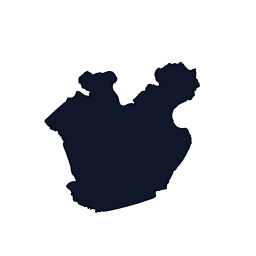 Kinshasa, Kinshasa City, Democratic Republic of the Congo (Mercator projection), rotated 136°
{"feature_id": "63176286B79360907689545", "entity_name": "Kinshasa", "entity_type": "district", "adm_level": 2, "iso_a3": "COD", "parent_name": "Democratic Republic of the Congo", "parent_adm1": "Kinshasa City", "projection": "mercator", "projection_center": [15.673, -4.477], "detail": "fine", "context": "isolated", "style": "filled", "palette": "ink", "viewbox_px": 256, "rotation_deg": 136, "n_neighbors": 0, "source": "geoboundaries", "source_scale": "gbopen_adm2", "svg_char_len": 5855}
<svg xmlns="http://www.w3.org/2000/svg" viewBox="0 0 256 256"><g transform="rotate(136 128 128)"><path d="M210.9,95.7L209.2,95.2L208.4,93.2L207.4,92.2L207.2,91.6L207.5,91.0L208.0,90.6L208.8,90.7L209.3,90.2L209.4,89.8L209.1,89.4L207.1,89.1L206.7,88.0L205.6,87.2L204.7,87.2L204.0,86.8L203.7,85.8L202.0,84.3L197.9,81.5L189.2,76.3L178.7,70.4L173.0,67.4L159.1,60.7L156.6,60.0L155.5,60.1L153.8,62.7L152.7,63.3L150.8,63.7L150.7,63.4L149.8,63.2L149.8,62.8L149.4,62.7L149.3,62.0L149.0,61.7L148.3,61.7L147.6,61.2L147.2,61.2L146.9,60.8L145.9,60.4L144.9,59.4L144.1,59.3L143.6,58.7L142.5,58.1L141.7,58.7L141.7,59.0L141.1,59.8L140.3,59.9L139.7,60.9L139.3,60.9L139.1,61.3L138.7,61.5L138.1,60.9L137.0,60.8L136.6,61.5L135.8,61.6L135.1,62.5L134.7,62.5L134.0,62.9L133.6,62.6L132.9,63.0L131.6,63.1L129.5,64.1L128.4,64.3L125.8,65.7L123.5,65.7L122.7,65.4L119.7,66.1L117.7,66.4L116.4,66.2L113.7,66.9L111.2,67.2L109.3,67.9L108.5,67.9L107.5,68.4L104.4,69.0L101.4,70.4L99.9,70.6L98.0,71.2L97.2,71.9L96.1,72.2L95.3,72.9L94.2,73.3L93.1,73.4L92.6,74.0L91.8,75.4L90.2,76.5L89.5,78.3L88.5,79.1L88.6,81.2L87.5,82.9L86.5,85.4L86.5,86.4L86.9,87.4L87.5,88.2L89.2,89.3L89.9,90.4L90.8,91.2L91.9,93.1L92.6,95.9L92.4,98.1L91.9,100.5L91.4,101.4L90.4,102.3L90.4,103.1L89.9,104.3L89.1,105.5L87.3,107.6L83.2,110.0L81.3,110.3L79.3,110.0L76.1,110.2L72.9,109.5L70.4,108.5L69.9,108.6L67.4,107.5L67.2,107.5L67.6,108.0L67.5,108.4L67.0,108.7L66.8,109.1L66.5,109.1L66.6,108.9L66.4,108.7L66.0,108.5L66.1,108.3L65.8,108.5L65.8,108.0L65.0,107.5L64.4,106.2L63.1,105.1L62.0,105.1L59.4,106.0L58.7,105.9L58.2,105.5L57.8,105.6L56.2,107.4L56.1,108.5L55.1,109.0L55.5,109.1L55.3,109.3L53.5,108.5L52.5,108.9L51.6,109.7L50.2,109.4L49.4,109.7L48.7,108.8L47.7,108.8L46.8,109.8L46.6,110.6L46.2,111.2L45.9,114.1L45.1,114.2L45.0,114.5L45.1,116.4L45.6,117.0L45.2,117.0L44.7,117.5L44.6,117.8L44.0,118.0L43.3,118.6L42.9,119.1L43.1,119.7L42.8,119.4L42.5,119.4L42.4,119.9L41.2,120.4L40.8,121.0L40.8,121.5L40.1,122.1L40.1,122.7L39.5,122.9L39.7,123.4L39.1,123.4L38.9,123.8L39.9,124.1L40.4,124.0L40.7,124.7L41.1,124.9L41.8,125.0L42.2,124.8L42.3,125.1L43.2,125.5L44.4,127.5L44.8,129.5L44.8,130.6L44.5,131.4L45.1,132.4L44.4,134.4L44.3,135.5L44.9,136.2L44.6,136.9L44.5,138.1L44.7,138.5L47.2,138.8L48.7,139.4L49.6,141.5L49.9,141.9L51.7,142.4L52.2,142.8L53.7,145.7L54.6,145.8L56.5,145.6L57.1,145.7L57.9,146.5L59.6,146.4L62.4,146.8L63.0,147.5L64.0,147.9L64.5,148.8L64.3,149.1L64.9,149.7L67.9,149.6L67.9,149.2L68.2,149.1L68.1,149.4L68.5,149.3L69.2,148.5L70.5,148.5L70.4,148.0L72.0,146.9L72.3,145.4L72.8,145.0L72.9,144.4L73.7,143.9L74.0,142.7L73.8,142.4L74.3,142.2L74.0,141.6L74.2,141.4L73.9,140.9L74.1,140.4L73.8,139.5L74.1,139.2L73.7,138.6L74.2,137.9L74.1,137.7L76.1,136.6L77.0,136.8L77.9,136.6L78.2,136.9L78.3,137.9L79.6,139.8L79.5,140.5L79.8,141.2L81.2,142.0L81.5,142.6L81.4,142.9L81.7,143.7L83.0,144.7L84.2,144.7L86.4,143.9L87.2,144.2L87.9,143.8L88.2,143.0L89.1,142.1L91.4,143.2L92.4,144.3L95.0,144.2L96.5,144.5L98.2,144.0L103.1,144.0L104.7,144.2L105.4,141.7L105.8,141.1L105.6,140.7L105.8,140.4L106.5,140.7L106.7,140.1L107.2,139.7L107.3,140.3L107.6,140.1L107.8,141.8L108.6,143.0L111.2,144.7L115.5,146.1L116.9,147.6L117.9,149.8L116.2,153.8L114.7,156.0L113.9,157.8L113.4,160.0L113.0,164.5L112.6,166.1L111.2,168.4L109.3,170.1L107.3,170.5L104.8,170.1L103.2,170.5L101.8,171.5L100.4,177.0L100.7,179.1L101.8,181.0L103.6,182.4L107.4,184.0L109.5,185.4L109.7,186.0L109.5,186.7L111.3,187.9L113.6,189.2L115.8,189.8L116.9,190.8L117.0,193.2L118.3,197.0L119.6,197.1L121.5,197.7L123.1,197.1L124.7,197.8L126.1,197.3L126.7,197.8L128.0,197.9L128.4,197.7L128.6,196.9L129.4,196.8L129.4,196.5L129.7,196.5L129.7,196.2L129.5,196.3L129.4,195.9L130.1,195.5L130.5,194.7L130.6,194.8L130.5,194.3L130.9,194.3L130.7,193.7L130.9,193.7L130.3,193.2L131.3,191.6L131.1,191.0L131.4,190.5L131.1,190.4L131.4,190.2L131.2,190.2L131.6,189.8L131.6,189.2L132.0,189.2L132.4,188.6L132.5,188.0L131.1,186.8L131.3,186.6L131.0,185.7L130.7,185.6L130.9,185.3L130.7,185.1L131.0,185.1L130.9,184.9L131.1,185.1L131.1,184.4L131.3,184.3L130.9,183.4L129.9,182.9L129.6,182.2L129.8,182.2L129.5,181.9L129.7,181.4L129.5,180.9L129.6,180.6L129.4,180.6L129.8,180.1L129.7,179.7L130.1,179.6L130.2,179.3L130.7,179.3L130.8,179.1L131.4,179.3L131.4,179.1L131.8,179.1L132.5,178.5L132.3,177.8L131.6,177.2L131.4,176.7L134.1,177.7L135.3,178.9L136.6,181.0L137.2,182.7L138.0,187.5L138.9,189.2L140.3,189.4L141.2,188.6L143.8,187.7L145.0,187.7L146.9,187.9L148.4,188.9L150.3,191.0L153.0,190.2L154.4,189.4L156.4,190.0L168.8,190.6L182.1,190.8L182.5,190.6L182.6,190.2L182.8,190.2L182.9,189.7L183.3,189.4L183.0,188.6L183.2,188.1L183.0,187.4L183.3,187.0L183.1,186.9L183.6,185.5L183.5,184.8L183.2,184.7L183.1,183.9L182.9,183.7L182.9,182.9L183.2,182.8L183.3,182.0L183.5,181.9L183.4,181.8L183.7,181.6L183.7,181.3L183.3,181.0L183.2,180.8L183.4,180.8L183.1,180.6L183.4,179.9L183.3,179.4L182.2,177.8L182.3,176.7L181.6,176.3L181.0,176.3L180.6,175.9L180.0,176.0L180.4,174.4L180.0,173.7L180.4,173.5L180.1,173.1L180.4,172.5L181.5,172.2L181.5,171.6L181.1,171.3L181.5,170.6L181.5,170.3L181.2,170.1L181.4,169.7L181.1,169.8L181.4,168.9L181.2,168.1L181.5,167.3L182.4,166.5L181.9,165.6L182.7,165.0L182.6,164.5L182.8,164.4L182.7,164.1L183.0,163.0L182.8,162.5L185.5,161.2L186.4,160.1L189.1,153.6L193.7,143.7L195.9,139.5L198.1,136.7L199.6,133.7L199.9,129.6L200.5,128.6L201.0,126.5L202.3,125.5L202.8,125.4L205.6,127.8L208.4,128.9L209.8,129.0L210.3,128.8L212.2,128.9L212.8,127.6L212.6,126.9L212.7,125.3L211.9,123.8L212.5,122.6L212.7,121.0L213.7,119.8L214.4,119.8L214.9,119.5L214.9,119.0L214.0,117.5L214.1,117.0L214.3,116.8L215.2,116.5L215.5,115.7L216.4,115.0L217.0,114.0L217.1,112.7L216.4,112.0L215.0,109.7L215.1,109.3L215.8,108.3L215.6,106.8L213.7,102.8L213.5,101.6L212.2,100.9L211.7,100.3L211.6,99.2L212.2,98.1L212.1,97.8L211.5,97.6L210.9,97.7L210.2,97.0L210.1,96.6L210.9,95.7Z" fill="#0f172a" stroke="#020617" stroke-width="1.5"/></g></svg>